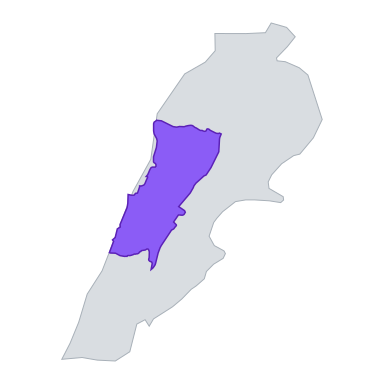 location of Mount Lebanon within Lebanon
{"feature_id": "LBN-3025", "entity_name": "Mount Lebanon", "entity_type": "Province", "adm_level": 1, "iso_a3": "LBN", "parent_name": "Lebanon", "parent_adm1": "", "projection": "robinson", "projection_center": [35.671, 33.864], "detail": "fine", "context": "in_parent", "style": "filled", "palette": "violet", "viewbox_px": 384, "rotation_deg": 0, "n_neighbors": 0, "source": "natural_earth", "source_scale": "10m", "svg_char_len": 3016}
<svg xmlns="http://www.w3.org/2000/svg" viewBox="0 0 384 384"><path d="M214.9,33.5L245.6,33.6L265.4,32.7L271.2,23.0L286.6,27.4L295.2,36.8L287.4,46.6L276.5,57.9L277.1,60.8L285.3,61.7L299.3,67.8L307.9,75.0L322.2,119.5L313.4,137.8L299.8,154.1L293.7,155.6L281.7,163.7L271.7,174.8L268.2,181.9L269.0,188.4L283.2,196.7L283.6,200.0L280.7,202.6L269.2,200.8L254.4,199.9L245.7,199.9L235.5,201.6L222.6,211.7L216.8,218.3L213.7,222.5L209.1,236.2L214.3,245.6L224.0,250.9L225.4,253.6L223.2,258.3L213.6,264.2L206.4,271.5L204.3,278.8L196.2,285.9L191.2,289.3L181.8,299.0L172.5,306.8L153.5,318.9L149.2,326.2L145.1,319.7L136.8,324.1L129.8,351.7L115.3,361.0L97.2,360.1L82.1,357.5L61.8,359.3L70.1,343.2L78.7,322.3L87.2,294.1L102.1,270.8L133.0,191.5L150.8,159.3L157.2,113.8L184.7,73.9L205.3,62.1L215.2,50.7L214.9,33.5Z" fill="#d9dde1" stroke="#a8b0b8" stroke-width="1"/><path d="M139.6,185.9L141.3,186.0L143.8,185.1L144.9,183.7L146.6,179.5L147.5,177.8L147.6,176.9L147.3,176.6L146.2,176.5L147.7,174.7L149.9,169.6L151.1,167.6L152.3,167.1L155.2,167.1L156.0,166.2L155.9,164.3L155.1,163.3L154.1,162.7L153.5,161.9L153.5,156.8L156.4,147.5L157.2,141.0L156.6,138.5L154.1,133.9L153.6,130.9L153.6,123.7L154.1,122.2L156.6,120.4L156.7,120.2L156.9,120.3L161.4,120.8L173.1,126.6L176.3,127.1L176.9,127.1L179.5,126.5L183.8,126.7L184.6,126.6L185.9,126.1L188.1,125.6L190.4,125.3L191.8,125.4L192.7,125.7L194.9,127.4L196.3,128.0L199.8,130.2L200.8,130.5L202.1,130.4L203.2,131.0L204.5,131.3L204.9,131.3L205.4,131.2L205.8,131.0L206.2,130.6L206.6,129.6L207.0,129.0L207.5,128.9L208.0,128.9L208.9,129.2L209.2,129.4L210.2,130.3L216.0,133.2L217.2,133.4L218.4,133.5L219.5,133.1L221.2,134.0L219.8,137.5L219.5,139.0L218.8,151.8L211.0,167.6L206.1,175.0L204.0,175.9L196.0,183.1L194.1,185.6L193.9,186.0L193.2,187.8L190.2,193.0L178.7,206.6L184.6,210.7L185.3,212.3L184.2,214.2L183.8,214.6L183.3,214.9L182.8,215.1L182.3,215.2L181.8,215.2L179.8,215.0L178.4,215.0L173.6,222.0L176.3,224.8L176.4,225.3L176.2,225.8L174.8,227.4L173.9,228.7L173.2,229.2L171.5,230.1L161.3,245.5L160.1,247.7L158.1,253.1L155.6,263.3L155.2,264.6L154.7,265.5L153.4,267.4L152.7,268.2L151.1,269.5L152.2,263.5L152.0,262.9L151.8,262.2L151.2,261.8L150.3,261.5L149.7,261.2L148.9,260.4L148.7,259.7L148.7,259.1L149.1,257.8L149.2,256.1L149.3,251.8L148.8,250.2L148.1,249.1L147.3,249.0L146.7,249.1L146.2,249.4L145.7,249.8L145.3,250.0L144.9,250.1L144.5,250.1L142.9,250.4L142.0,250.5L141.7,250.6L141.3,250.7L141.1,251.0L141.0,251.3L140.7,251.6L140.4,251.7L139.6,251.9L139.4,252.2L139.1,252.8L138.8,253.1L138.0,253.6L137.6,253.8L136.8,253.8L135.6,254.1L134.7,254.1L134.2,254.1L133.6,254.4L133.3,254.6L131.2,255.3L129.9,255.6L128.2,255.5L127.7,255.6L127.4,255.8L127.3,256.1L127.0,256.4L126.3,256.3L124.4,256.4L120.0,255.6L115.5,253.2L110.3,253.0L109.4,252.6L113.6,241.3L112.5,239.9L115.2,237.5L117.3,228.9L120.3,227.0L120.1,224.4L127.1,207.5L127.8,203.3L128.1,194.5L131.5,195.2L133.8,195.2L134.5,194.8L135.1,193.8L135.6,193.3L137.5,193.1L139.6,186.8L139.6,185.9Z" fill="#8b5cf6" stroke="#5b21b6" stroke-width="1.5"/></svg>